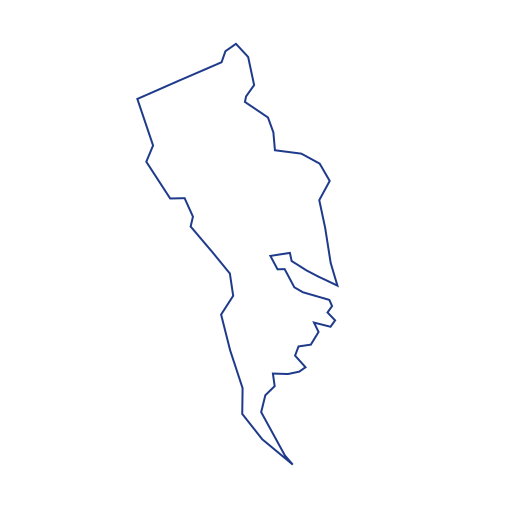 SVG path tracing the border of North, rotated 78°
{"feature_id": "HKG-5168", "entity_name": "North", "entity_type": "state/province", "adm_level": 1, "iso_a3": "HKG", "parent_name": "Hong Kong S.A.R.", "parent_adm1": "", "projection": "orthographic", "projection_center": [114.21, 22.516], "detail": "fine", "context": "isolated", "style": "outline", "palette": "blue", "viewbox_px": 512, "rotation_deg": 78, "n_neighbors": 0, "source": "natural_earth", "source_scale": "10m", "svg_char_len": 913}
<svg xmlns="http://www.w3.org/2000/svg" viewBox="0 0 512 512"><g transform="rotate(78 256 256)"><path d="M197.9,168.3L214.5,182.5L243.0,182.5L278.2,184.4L293.6,183.2L301.9,182.5L289.2,199.2L280.7,209.5L268.3,222.2L260.0,222.2L258.9,241.9L273.5,237.7L274.8,230.7L294.6,225.0L301.2,217.7L314.2,193.4L320.8,192.0L326.1,197.8L335.4,192.0L340.7,197.8L333.2,213.1L343.3,210.6L354.1,220.8L353.3,233.2L361.6,238.5L375.1,230.7L378.1,237.7L378.1,249.2L374.5,263.9L387.2,264.8L394.1,275.8L409.8,283.4L457.2,269.2L467.7,263.4L436.6,288.0L407.6,302.3L382.5,296.6L342.9,300.9L306.0,302.3L290.2,286.6L267.7,285.2L242.7,298.1L213.6,313.8L204.4,309.5L184.6,313.8L181.9,328.0L141.0,343.7L126.5,333.7L77.7,339.4L68.5,295.1L59.3,249.4L49.3,243.3L44.3,231.5L59.7,222.3L88.4,222.3L97.8,232.5L103.0,234.8L123.0,215.5L138.7,213.3L156.5,215.5L165.3,190.4L178.9,174.5L197.9,168.3Z" fill="none" stroke="#1e3a8a" stroke-width="2"/></g></svg>